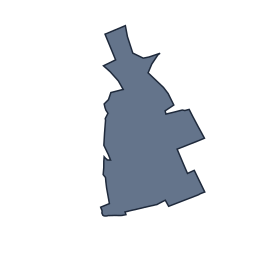 Chacsinkín, Yucatán, Mexico (Mercator projection), rotated 331°
{"feature_id": "50627088B83026580761392", "entity_name": "Chacsinkín", "entity_type": "district", "adm_level": 2, "iso_a3": "MEX", "parent_name": "Mexico", "parent_adm1": "Yucatán", "projection": "mercator", "projection_center": [-89.035, 20.208], "detail": "fine", "context": "isolated", "style": "filled", "palette": "slate", "viewbox_px": 256, "rotation_deg": 331, "n_neighbors": 0, "source": "geoboundaries", "source_scale": "gbopen_adm2", "svg_char_len": 1886}
<svg xmlns="http://www.w3.org/2000/svg" viewBox="0 0 256 256"><g transform="rotate(331 128 128)"><path d="M189.9,174.0L190.0,165.8L190.0,164.8L190.0,160.6L190.2,150.2L190.2,149.4L190.5,141.4L186.2,140.3L184.2,138.6L181.2,137.8L175.8,136.4L167.9,134.2L168.8,131.0L179.2,130.1L179.8,117.3L178.7,109.8L172.3,89.5L179.8,83.6L189.7,78.5L192.3,78.2L180.8,76.1L175.2,74.3L168.5,64.8L171.8,47.8L175.3,37.2L153.4,34.8L152.6,41.6L150.2,62.4L136.7,61.7L139.8,70.5L140.1,72.0L142.4,82.1L142.4,83.6L142.5,92.0L140.9,91.5L130.2,88.7L124.7,93.7L118.8,95.4L117.8,98.9L117.3,101.7L117.6,105.4L112.7,108.7L112.0,110.5L105.0,121.1L98.5,131.4L98.0,140.1L98.0,140.9L98.0,141.0L97.2,147.6L94.3,145.9L94.3,145.1L93.7,143.9L93.2,141.6L91.1,144.8L90.8,145.2L87.6,150.9L83.7,156.7L84.3,160.4L82.7,164.0L80.2,170.1L75.1,185.1L65.7,184.0L65.5,185.2L65.4,186.5L65.3,187.2L65.1,187.9L64.6,188.8L64.3,189.2L64.0,189.6L63.9,189.8L63.9,190.4L63.8,190.9L63.8,191.5L63.7,192.1L64.2,192.9L64.4,193.2L65.1,193.7L65.9,194.2L67.3,194.8L68.1,194.9L69.1,195.5L69.5,195.7L70.7,196.3L71.2,196.6L71.6,196.8L72.2,197.1L72.8,197.4L73.8,197.9L74.5,198.3L75.4,198.8L76.7,199.6L78.8,200.8L80.4,201.6L81.8,202.0L83.2,202.5L84.2,202.8L84.3,202.4L84.7,200.0L87.9,200.9L88.5,201.0L90.2,201.5L91.3,201.8L93.0,202.3L94.9,202.9L96.1,203.2L96.8,203.4L100.7,204.5L101.4,204.7L102.5,205.0L103.8,205.3L104.6,205.6L105.6,205.9L106.5,206.1L107.0,206.3L108.2,206.6L109.2,206.9L110.2,207.2L110.9,207.4L112.4,207.9L114.4,208.4L116.2,209.0L116.6,209.0L117.5,209.0L118.5,209.0L121.4,209.1L123.0,209.1L123.9,209.2L125.6,209.2L125.6,214.2L125.6,214.9L125.6,216.2L156.8,220.5L157.5,220.6L158.7,220.5L159.8,220.6L160.6,220.7L162.2,220.9L162.9,221.0L163.5,221.1L164.1,221.2L165.4,197.6L165.4,197.2L165.0,197.2L164.9,197.1L158.0,196.6L158.6,190.3L159.1,185.4L160.7,170.3L184.4,173.4L189.9,174.0Z" fill="#64748b" stroke="#1e293b" stroke-width="1.5"/></g></svg>